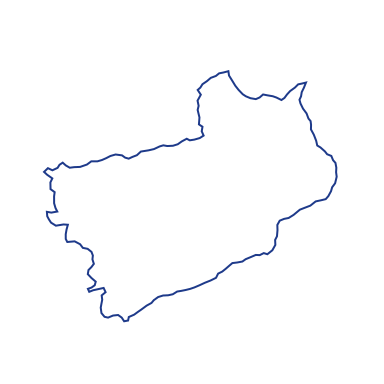 the district of Palmeira d'Oeste, São Paulo, Brazil, rotated 75°
{"feature_id": "56859067B94234705646326", "entity_name": "Palmeira d'Oeste", "entity_type": "district", "adm_level": 2, "iso_a3": "BRA", "parent_name": "Brazil", "parent_adm1": "São Paulo", "projection": "natural_earth1", "projection_center": [-50.754, -20.439], "detail": "fine", "context": "isolated", "style": "outline", "palette": "blue", "viewbox_px": 384, "rotation_deg": 75, "n_neighbors": 0, "source": "geoboundaries", "source_scale": "gbopen_adm2", "svg_char_len": 2580}
<svg xmlns="http://www.w3.org/2000/svg" viewBox="0 0 384 384"><g transform="rotate(75 192 192)"><path d="M100.3,158.3L105.2,163.0L110.5,163.3L114.2,165.3L117.8,165.4L121.9,165.5L128.5,167.8L131.7,165.0L135.9,166.9L140.5,166.2L141.9,170.6L142.0,176.2L141.5,180.8L139.2,183.3L140.5,188.8L142.2,193.4L142.4,198.4L141.2,204.0L139.5,207.6L139.6,211.4L140.7,217.6L140.5,223.3L139.7,230.9L142.2,235.7L142.7,240.5L143.4,244.5L141.5,247.7L138.5,250.1L136.0,256.1L136.1,261.5L137.1,266.1L137.8,270.7L137.9,275.5L136.3,281.3L138.3,286.4L138.8,293.6L137.5,299.4L136.9,303.8L133.7,307.0L130.2,309.3L131.4,312.9L133.9,315.6L134.9,321.2L131.7,325.0L134.3,329.7L137.8,327.5L142.7,323.4L146.1,326.3L152.6,327.9L156.6,324.7L160.4,326.3L167.2,328.1L172.1,328.0L176.0,327.2L175.5,333.2L173.6,337.3L178.0,338.1L181.4,337.3L185.1,336.1L189.3,332.2L190.1,324.5L191.5,320.4L195.8,322.9L200.1,324.9L204.7,326.1L208.0,325.4L209.3,318.1L213.5,313.6L217.7,311.9L219.9,307.5L223.8,304.6L227.7,304.2L231.3,305.6L236.0,305.4L238.5,308.6L240.6,312.2L244.4,313.9L249.0,311.4L253.7,308.2L256.9,310.1L258.3,313.8L258.6,317.6L261.8,317.1L261.3,312.8L261.5,308.8L261.8,302.2L266.4,301.4L268.5,306.0L272.8,306.6L276.5,308.4L280.1,310.1L285.5,310.8L289.9,308.8L291.6,305.6L290.9,300.2L291.7,295.2L295.1,292.4L299.3,291.0L299.6,287.0L296.4,285.4L295.5,279.6L293.9,275.5L292.4,271.3L290.0,265.2L288.7,259.9L286.6,256.9L284.7,251.9L284.5,246.7L285.6,241.7L285.8,237.0L284.3,232.1L284.7,228.3L285.0,223.7L285.1,218.9L284.8,214.4L284.0,208.8L283.0,203.0L282.3,197.0L281.1,191.0L277.6,187.9L276.7,183.4L274.9,179.3L272.6,174.6L271.1,171.4L271.8,166.5L272.2,161.3L270.8,157.6L270.1,152.3L269.3,146.7L270.5,142.9L269.6,138.5L271.6,135.3L269.1,129.5L264.7,125.2L259.8,124.1L256.8,121.4L251.0,119.3L245.9,118.1L242.4,114.7L241.8,110.0L242.1,105.4L240.4,99.8L237.0,92.4L236.4,87.0L235.8,81.2L233.1,75.0L233.4,69.3L233.5,64.7L231.3,61.4L227.2,57.5L223.7,55.4L220.6,51.5L214.7,48.3L210.2,47.7L205.9,46.3L201.0,45.9L197.8,47.5L193.2,48.1L190.5,51.7L187.2,53.1L182.2,56.4L179.5,59.0L174.6,58.8L168.2,59.5L162.3,60.9L157.9,59.6L154.2,59.1L151.2,60.5L145.8,61.0L140.2,63.2L134.6,64.3L130.7,64.3L127.8,61.9L124.0,60.2L120.2,56.9L115.8,53.6L115.7,57.9L115.5,61.6L117.8,65.6L119.9,71.1L122.4,75.0L125.1,78.4L126.3,81.8L122.6,86.0L120.4,89.2L118.2,94.0L116.2,98.1L118.2,102.2L118.8,106.3L116.5,111.3L113.5,115.2L110.7,117.7L105.4,120.6L100.5,122.7L95.7,124.1L89.1,126.1L84.7,125.6L84.7,130.7L84.4,135.1L86.1,138.9L86.6,144.3L88.8,148.9L90.6,154.0L93.3,156.9L94.9,160.1L100.3,158.3Z" fill="none" stroke="#1e3a8a" stroke-width="2"/></g></svg>